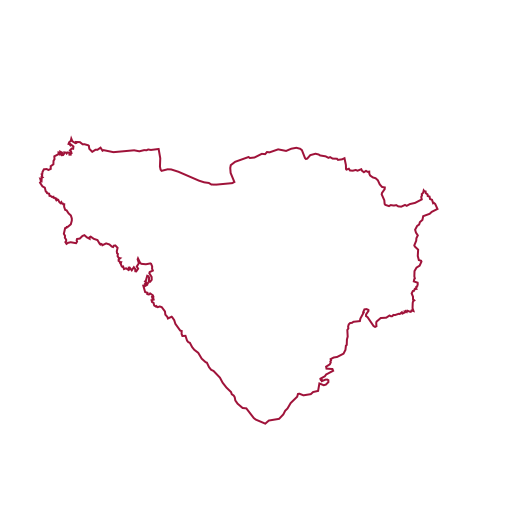 Banyumas, Jawa Tengah, Indonesia, rotated 164°
{"feature_id": "22746128B18933963724988", "entity_name": "Banyumas", "entity_type": "district", "adm_level": 2, "iso_a3": "IDN", "parent_name": "Indonesia", "parent_adm1": "Jawa Tengah", "projection": "natural_earth1", "projection_center": [109.207, -7.455], "detail": "fine", "context": "isolated", "style": "outline", "palette": "rose", "viewbox_px": 512, "rotation_deg": 164, "n_neighbors": 0, "source": "geoboundaries", "source_scale": "gbopen_adm2", "svg_char_len": 6123}
<svg xmlns="http://www.w3.org/2000/svg" viewBox="0 0 512 512"><g transform="rotate(164 256 256)"><path d="M386.5,279.8L384.3,280.0L382.3,277.6L381.8,277.9L381.5,279.9L380.7,279.8L379.4,276.5L376.5,278.9L375.7,276.9L376.2,274.6L375.4,274.2L372.8,276.3L373.5,278.8L370.6,281.3L370.7,285.4L370.1,286.2L369.3,281.4L368.4,280.1L364.1,278.4L359.6,278.0L359.0,277.4L358.7,274.6L359.4,272.4L359.2,270.4L362.6,269.9L363.3,268.8L362.1,264.6L362.8,261.9L364.9,260.4L366.2,260.7L364.7,264.6L365.1,266.3L366.0,267.0L368.7,262.6L369.6,262.2L368.4,260.3L369.3,260.6L370.0,260.1L368.1,259.0L368.5,258.3L370.6,257.8L370.6,258.9L371.3,258.4L372.5,258.6L372.5,251.9L370.5,250.6L371.0,249.4L370.2,248.8L369.5,248.5L368.1,249.2L366.0,246.6L365.9,245.3L367.2,245.3L367.2,243.7L366.4,243.7L366.4,242.3L368.6,242.3L368.6,240.4L367.4,239.3L367.5,236.5L366.1,234.9L365.6,235.3L364.6,233.9L362.4,234.0L360.7,232.8L358.8,227.8L359.3,224.6L358.0,221.9L357.9,220.2L353.8,220.9L353.5,220.4L352.3,216.9L352.2,213.0L349.4,205.2L348.1,204.4L349.0,201.7L348.8,199.4L345.8,198.7L345.6,193.7L344.8,191.8L343.5,190.8L342.5,186.0L341.2,182.9L338.2,178.8L336.5,172.3L333.7,167.8L332.6,167.0L331.8,162.1L330.5,159.0L328.5,157.2L324.2,149.0L323.0,143.4L320.7,137.7L317.5,132.1L317.4,129.8L315.9,128.0L315.4,126.1L315.7,122.8L314.4,119.1L310.8,113.6L307.3,112.2L302.8,100.8L301.3,98.8L293.3,92.3L289.0,94.3L278.7,93.1L273.4,96.2L270.6,99.2L267.8,100.7L263.2,105.1L255.2,109.4L253.7,111.8L252.3,111.7L248.8,109.0L241.4,108.1L238.6,109.5L233.5,109.2L230.2,116.0L226.5,113.1L224.3,113.1L221.2,114.8L220.7,116.7L221.6,117.6L223.3,118.0L227.1,117.6L226.9,118.7L227.8,118.8L228.0,119.5L227.9,120.3L223.0,121.4L221.2,122.8L213.5,124.4L213.7,126.3L219.3,128.3L219.1,130.3L214.9,131.5L213.5,133.1L213.6,134.1L212.6,135.0L212.7,136.3L209.3,137.0L205.8,136.6L198.8,138.0L195.9,141.1L194.3,145.0L193.3,145.5L191.6,150.7L190.1,153.2L188.6,159.7L187.2,160.9L186.9,162.8L185.7,164.7L184.1,165.6L182.1,165.3L180.5,165.9L174.1,164.8L172.9,167.1L168.0,172.1L168.4,172.5L166.5,174.8L164.4,174.5L162.8,173.2L163.0,172.2L166.3,169.5L166.8,167.9L165.6,166.4L162.3,156.3L161.1,155.0L159.6,155.3L158.9,158.5L158.2,159.7L153.2,162.0L147.8,160.8L144.1,162.0L142.8,160.8L141.5,160.6L140.2,161.5L138.6,160.9L134.7,161.1L133.8,160.6L131.3,161.7L131.1,160.3L128.7,160.7L128.5,161.6L127.9,161.2L127.4,161.8L126.5,160.6L125.6,161.7L123.1,159.8L122.5,159.7L121.5,160.8L119.8,159.7L119.9,162.7L118.3,167.7L117.0,170.0L116.7,169.5L116.1,169.7L117.0,171.1L116.3,173.6L116.7,177.1L114.9,179.1L113.7,179.0L112.6,180.4L111.1,180.2L111.4,181.0L110.4,181.4L110.4,182.2L109.2,182.7L108.3,184.3L108.0,185.8L111.3,188.1L110.3,190.1L109.5,190.6L109.4,192.8L107.8,197.8L104.9,200.6L101.4,201.6L98.5,205.0L98.6,205.9L100.6,207.2L100.5,211.4L98.4,217.4L100.7,221.3L100.9,222.6L97.8,226.5L96.9,228.9L94.8,231.2L95.8,234.4L95.8,237.4L92.8,240.5L90.5,241.3L89.1,243.4L86.1,244.8L84.3,248.2L77.4,248.7L74.9,250.0L68.6,251.2L69.4,256.6L70.4,258.1L71.2,257.9L71.3,261.5L73.0,262.8L72.8,265.3L74.4,266.3L74.1,267.9L75.5,269.6L75.2,271.3L76.3,271.8L76.7,272.8L77.9,270.7L79.6,269.8L79.8,268.4L80.9,267.2L81.1,264.7L88.5,263.2L93.7,263.5L97.3,262.7L98.7,264.0L102.8,263.4L105.6,264.5L107.1,266.2L109.6,266.5L112.5,267.8L114.4,267.3L117.6,269.5L118.0,270.6L117.3,274.2L118.2,280.6L117.5,281.9L113.9,284.8L113.3,286.4L115.8,287.6L117.3,290.7L118.0,295.2L119.6,297.8L122.0,299.3L124.1,301.9L124.4,303.9L123.9,305.9L125.5,306.1L126.8,307.5L129.2,306.8L130.6,308.7L130.9,310.4L134.9,310.0L136.4,311.2L139.4,311.3L142.1,312.3L142.7,314.3L145.2,314.1L145.5,314.8L144.5,318.7L144.0,325.6L146.6,325.2L150.7,325.8L151.4,327.2L155.5,328.5L157.5,330.6L159.3,330.4L161.6,332.6L166.7,335.0L167.8,336.3L170.6,337.9L176.0,338.0L179.9,335.5L181.3,335.5L181.9,336.6L182.7,345.1L184.0,346.9L187.4,348.9L192.5,349.4L198.1,348.7L205.3,352.4L214.4,351.9L216.8,352.9L219.1,351.4L222.3,352.6L230.3,351.1L234.9,351.9L235.9,353.2L250.1,352.3L255.2,350.3L256.5,347.7L257.5,342.8L256.4,333.1L258.8,332.6L274.7,335.6L279.2,337.0L281.2,339.2L285.5,341.1L290.0,344.1L307.4,358.4L313.7,362.6L317.0,363.7L323.3,363.9L323.9,365.3L323.7,368.4L321.1,376.3L320.1,385.7L327.8,386.9L330.3,388.1L332.0,387.8L334.3,388.6L339.3,388.8L344.0,391.2L364.4,395.1L373.4,399.8L374.5,399.5L375.6,403.0L379.1,401.8L380.9,402.4L384.7,401.3L386.7,405.0L386.3,408.0L386.8,408.7L390.2,410.8L391.8,411.1L393.9,414.0L397.5,415.2L397.6,414.2L398.4,414.2L400.9,416.9L401.2,419.7L402.3,417.7L404.3,416.8L405.3,415.4L404.4,414.9L404.0,413.8L403.4,414.5L401.3,411.6L402.2,409.5L403.6,410.1L405.7,408.8L405.0,407.6L405.0,405.7L405.9,405.6L406.2,404.5L407.4,404.8L407.1,406.8L408.7,407.5L409.8,406.7L410.2,407.8L411.8,408.5L412.3,407.2L413.6,406.2L414.7,406.4L414.0,408.9L415.3,410.1L415.5,407.8L416.3,407.5L416.5,409.5L417.3,410.0L417.8,408.3L422.4,407.4L423.0,404.6L424.4,403.3L425.5,400.0L428.6,398.9L429.3,396.3L431.8,395.9L433.3,397.3L436.0,397.8L438.1,395.6L438.8,393.8L439.5,393.7L439.4,392.2L440.1,391.5L439.5,390.5L440.4,390.4L441.0,388.6L441.2,389.4L441.7,388.5L442.1,389.0L442.1,386.8L443.4,386.0L442.1,381.8L440.2,379.9L440.3,375.9L439.5,375.0L439.5,374.0L437.7,372.9L437.9,370.7L436.9,370.4L435.9,369.0L434.4,368.8L434.5,367.7L433.2,367.2L432.6,364.9L431.8,365.7L431.4,364.6L430.6,364.5L430.3,362.4L429.4,360.7L428.3,361.4L428.2,360.1L427.2,359.7L427.1,358.9L426.1,358.6L426.9,356.2L426.7,352.9L425.5,352.1L424.4,348.6L422.8,346.0L422.7,342.9L423.3,340.8L425.3,337.5L428.9,335.9L429.9,336.1L430.3,335.4L431.8,335.4L434.6,330.3L434.0,328.0L434.7,326.3L434.0,324.0L434.4,322.6L435.4,321.9L434.8,319.9L433.1,320.5L430.3,320.3L425.4,317.9L424.0,319.2L424.1,320.5L423.3,321.7L420.6,321.3L417.3,323.1L415.2,323.3L413.4,320.5L411.2,318.4L410.8,319.9L409.6,320.2L407.2,317.2L404.0,315.0L402.9,310.7L402.5,310.0L401.8,310.5L401.0,309.9L400.7,308.7L396.6,309.4L393.7,307.5L391.9,304.7L390.9,304.0L389.8,305.1L388.3,304.9L386.8,302.0L388.5,299.0L388.8,297.0L388.2,296.1L389.1,294.0L388.5,292.0L387.2,291.3L389.0,290.5L389.4,289.2L388.5,288.1L388.6,287.2L387.4,287.1L388.2,285.7L388.0,283.5L387.5,282.4L386.6,282.5L386.5,279.8Z" fill="none" stroke="#9f1239" stroke-width="2"/></g></svg>